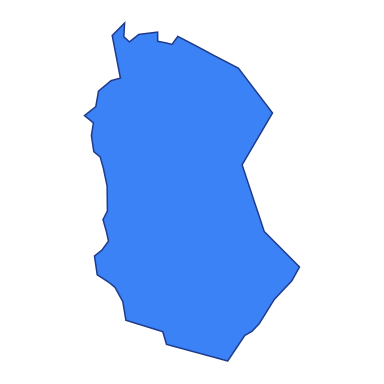 the district of Dom Pedro de Alcântara, Rio Grande do Sul, Brazil
{"feature_id": "56859067B47618181554929", "entity_name": "Dom Pedro de Alcântara", "entity_type": "district", "adm_level": 2, "iso_a3": "BRA", "parent_name": "Brazil", "parent_adm1": "Rio Grande do Sul", "projection": "equal_earth", "projection_center": [-49.866, -29.366], "detail": "fine", "context": "isolated", "style": "filled", "palette": "blue", "viewbox_px": 384, "rotation_deg": 0, "n_neighbors": 0, "source": "geoboundaries", "source_scale": "gbopen_adm2", "svg_char_len": 708}
<svg xmlns="http://www.w3.org/2000/svg" viewBox="0 0 384 384"><path d="M227.7,361.0L244.8,335.4L252.0,331.3L259.2,323.7L274.2,299.5L291.9,280.7L299.5,267.0L264.2,231.5L258.5,214.1L255.7,205.9L242.1,164.8L272.5,113.0L238.4,68.2L213.0,55.0L194.2,44.9L177.8,36.4L172.0,44.4L165.6,42.8L157.7,41.3L157.6,32.1L138.8,34.4L129.4,41.9L123.8,36.7L124.6,23.0L112.2,35.5L120.4,78.1L111.1,80.6L98.5,91.1L95.8,106.6L84.5,115.6L93.4,122.9L91.4,135.7L93.8,151.7L100.2,157.0L103.3,168.0L107.1,186.0L107.4,211.0L103.0,219.6L106.5,232.0L108.5,241.1L101.9,250.1L94.5,256.0L97.2,274.8L109.1,282.5L115.0,287.4L122.8,301.6L125.9,320.3L162.8,331.7L166.5,344.4L227.7,361.0Z" fill="#3b82f6" stroke="#1e3a8a" stroke-width="1.5"/></svg>